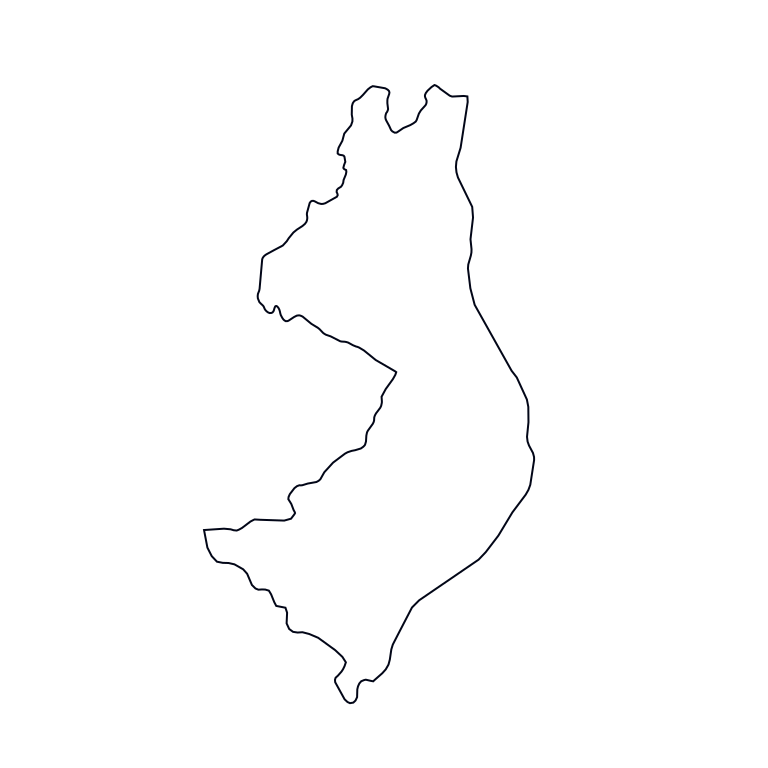 SVG path tracing the border of Nakhon Phanom, rotated 33°
{"feature_id": "THA-472", "entity_name": "Nakhon Phanom", "entity_type": "Province", "adm_level": 1, "iso_a3": "THA", "parent_name": "Thailand", "parent_adm1": "", "projection": "albers", "projection_center": [104.283, 17.384], "detail": "fine", "context": "isolated", "style": "outline", "palette": "ink", "viewbox_px": 768, "rotation_deg": 33, "n_neighbors": 0, "source": "natural_earth", "source_scale": "10m", "svg_char_len": 4278}
<svg xmlns="http://www.w3.org/2000/svg" viewBox="0 0 768 768"><g transform="rotate(33 384 384)"><path d="M297.3,97.4L300.6,101.9L319.6,144.2L323.5,157.9L326.1,162.8L329.5,167.0L331.1,168.4L333.5,170.5L361.5,187.4L368.0,195.9L377.7,215.5L384.0,223.3L385.7,226.1L386.9,229.0L389.6,237.9L391.5,241.4L404.3,256.7L416.9,268.2L483.8,303.4L491.8,306.2L512.3,319.2L517.5,324.6L526.0,337.4L532.7,350.4L535.8,354.1L539.1,356.6L546.5,360.7L549.6,363.5L551.3,366.0L561.6,388.9L562.8,394.2L563.1,399.7L561.6,421.7L562.5,448.8L560.9,469.6L559.0,479.8L531.3,546.2L529.2,556.2L531.8,582.9L533.3,597.7L534.7,602.6L539.0,612.0L540.6,616.9L540.9,622.4L540.1,627.5L537.2,637.8L536.9,639.2L535.0,640.0L529.8,641.9L528.6,643.1L526.8,645.7L526.4,648.6L526.9,651.8L527.9,654.6L532.0,661.3L532.5,665.0L531.8,667.9L529.3,670.2L526.6,670.6L522.7,669.9L505.5,660.7L504.0,658.8L503.4,656.7L504.2,653.7L505.0,648.3L505.0,645.5L504.6,642.2L503.6,638.2L497.7,635.5L488.0,633.8L467.0,632.7L457.4,634.4L450.8,636.6L446.9,639.5L442.7,641.4L437.9,641.1L432.7,637.8L427.3,628.6L423.2,625.3L414.5,628.8L410.9,626.8L403.9,621.9L400.0,620.0L396.3,621.1L393.5,622.8L390.7,624.9L387.6,625.5L382.7,624.5L372.6,617.7L366.8,616.1L356.8,616.7L351.1,618.8L346.2,621.8L340.7,624.0L333.3,622.2L325.0,617.4L312.6,604.5L328.6,592.5L334.5,589.4L337.6,588.5L340.3,587.1L341.7,585.1L343.3,582.1L346.9,572.1L348.4,569.4L349.2,568.1L354.3,565.2L374.7,552.9L379.4,547.6L379.8,542.0L379.7,540.7L379.0,540.1L376.8,538.9L371.6,535.1L366.5,532.7L365.5,530.7L365.0,527.6L365.6,520.1L366.7,517.0L368.2,515.0L369.5,514.3L370.6,513.4L374.3,509.0L380.7,503.0L381.9,500.8L382.5,498.6L382.0,490.5L384.1,477.7L389.2,463.7L390.6,461.1L393.3,457.7L395.8,455.3L399.7,450.7L400.8,447.9L401.2,445.9L401.1,445.0L400.2,442.0L397.3,436.9L396.1,433.8L395.9,431.9L396.3,423.4L396.0,421.3L395.5,419.9L394.0,417.3L393.5,415.4L393.3,413.0L393.8,405.9L393.5,403.8L392.4,400.9L391.6,399.6L388.9,396.0L388.2,387.3L388.8,375.0L388.5,370.1L387.8,367.4L386.5,367.3L364.0,368.4L348.9,366.8L343.3,367.0L341.6,367.3L340.1,367.8L336.8,368.4L331.3,368.8L329.6,369.3L328.1,369.9L325.3,371.5L324.0,372.0L313.3,373.1L308.5,374.3L306.7,374.4L305.0,374.3L300.0,373.1L298.1,372.9L290.4,373.1L279.1,371.8L277.5,372.0L275.9,372.4L274.7,373.2L273.6,374.2L272.1,376.8L269.4,383.0L268.6,384.0L267.4,384.8L266.0,384.9L264.6,384.7L263.8,384.4L262.6,383.9L259.9,382.4L258.6,381.3L257.1,379.8L255.8,378.7L254.3,377.8L252.9,377.3L251.5,377.1L250.6,377.8L250.6,378.9L250.9,380.3L251.4,381.8L251.7,383.3L251.5,384.8L250.7,385.9L249.4,386.8L247.8,387.1L246.0,387.0L244.3,386.6L242.8,385.9L241.6,385.0L240.3,384.3L239.0,384.0L237.1,383.7L234.9,383.2L231.6,380.9L230.2,379.1L229.2,377.1L228.5,373.7L227.8,371.9L213.9,345.7L213.6,344.1L213.7,342.4L214.1,340.9L214.7,339.4L218.9,331.6L223.7,323.0L224.7,317.2L224.7,313.6L225.5,306.3L226.9,301.9L229.6,295.8L230.5,292.7L230.6,290.2L230.2,288.6L229.6,287.2L228.8,285.9L226.9,283.7L226.2,282.4L223.1,272.7L223.2,270.9L223.9,269.6L225.1,268.8L226.7,268.5L230.3,268.2L233.3,267.2L234.8,266.1L236.3,264.4L242.5,252.6L242.3,250.8L241.2,249.7L239.7,248.8L238.8,247.0L239.1,245.0L240.5,242.0L240.6,240.1L240.2,237.5L239.0,234.9L237.9,229.1L236.9,226.6L235.7,225.2L234.5,225.4L233.3,225.4L232.2,224.9L231.3,222.3L230.6,219.2L230.6,218.8L230.5,218.7L227.0,214.9L225.9,214.5L224.7,214.7L222.3,215.8L221.0,216.1L219.6,215.9L218.4,214.0L217.2,210.4L216.6,202.7L214.3,195.6L215.5,185.1L214.5,181.0L213.0,178.6L210.3,175.7L205.8,168.5L204.9,165.6L204.9,163.3L205.4,161.9L207.2,159.1L208.1,156.8L208.9,153.1L210.0,145.7L211.1,142.5L212.3,140.4L213.7,139.7L223.8,135.4L225.4,135.2L227.1,135.2L228.7,135.6L229.8,136.6L230.4,138.0L231.6,142.8L232.3,144.2L233.9,146.7L237.7,151.2L238.1,152.4L238.4,154.0L238.3,155.6L238.7,157.1L239.3,158.6L240.1,159.9L241.2,161.0L242.4,161.8L247.6,164.6L251.7,167.2L253.5,167.6L256.1,167.4L257.6,166.3L258.3,164.8L260.8,158.8L265.0,152.6L266.7,149.3L267.7,146.6L267.6,144.8L266.0,138.2L265.9,134.5L267.0,127.5L266.8,125.9L266.2,124.4L265.4,123.2L264.2,122.3L263.0,121.6L261.8,120.6L261.0,119.4L260.6,117.2L260.8,114.3L262.1,109.1L263.5,105.8L263.8,105.7L265.3,105.4L268.3,105.4L269.7,105.7L270.1,105.8L282.1,106.4L283.5,106.1L284.3,105.9L284.9,105.6L294.0,99.0L297.3,97.4Z" fill="none" stroke="#020617" stroke-width="2"/></g></svg>